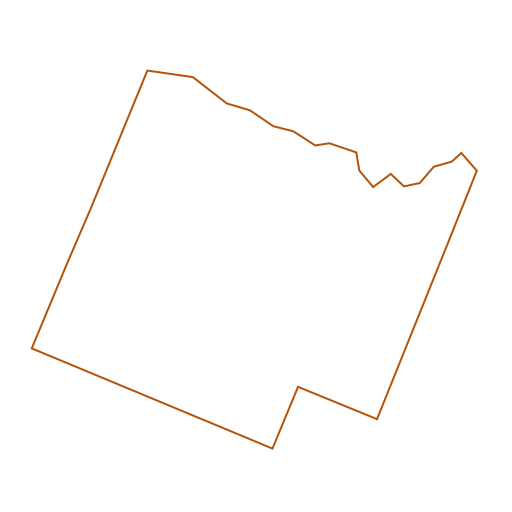 Parke, Indiana, United States of America, rotated 112°
{"feature_id": "52423323B17417544173704", "entity_name": "Parke", "entity_type": "district", "adm_level": 2, "iso_a3": "USA", "parent_name": "United States of America", "parent_adm1": "Indiana", "projection": "robinson", "projection_center": [-87.293, 39.779], "detail": "fine", "context": "isolated", "style": "outline", "palette": "amber", "viewbox_px": 512, "rotation_deg": 112, "n_neighbors": 0, "source": "geoboundaries", "source_scale": "gbopen_adm2", "svg_char_len": 483}
<svg xmlns="http://www.w3.org/2000/svg" viewBox="0 0 512 512"><g transform="rotate(112 256 256)"><path d="M428.4,168.6L361.6,168.0L361.9,90.0L362.0,82.7L176.9,82.9L94.2,83.2L83.6,104.2L95.1,109.8L106.6,124.6L127.0,131.5L136.0,144.9L129.4,161.8L148.2,173.2L138.0,192.3L122.4,201.8L124.0,230.2L131.3,242.5L126.4,268.1L129.2,288.6L123.2,316.1L125.5,340.3L113.8,381.5L124.8,426.2L274.2,427.0L335.1,428.4L425.7,429.3L428.4,168.6Z" fill="none" stroke="#b45309" stroke-width="2"/></g></svg>